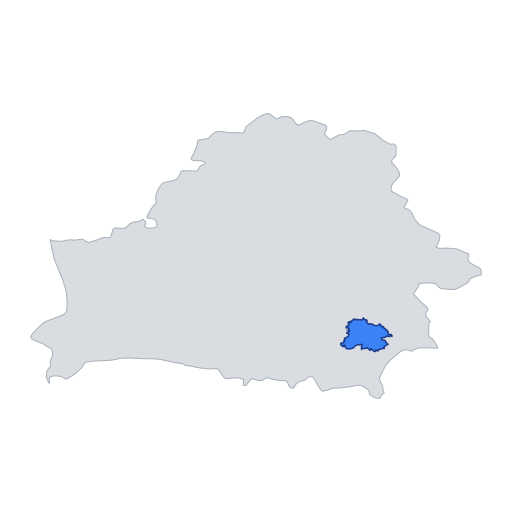 Rechytsa, Gomel, Belarus shown in context
{"feature_id": "67162791B36955231142498", "entity_name": "Rechytsa", "entity_type": "district", "adm_level": 2, "iso_a3": "BLR", "parent_name": "Belarus", "parent_adm1": "Gomel", "projection": "equal_earth", "projection_center": [30.22, 52.327], "detail": "fine", "context": "in_parent", "style": "filled", "palette": "blue", "viewbox_px": 512, "rotation_deg": 0, "n_neighbors": 0, "source": "geoboundaries", "source_scale": "gbopen_adm2", "svg_char_len": 9491}
<svg xmlns="http://www.w3.org/2000/svg" viewBox="0 0 512 512"><path d="M437.6,348.2L428.6,347.8L417.8,347.9L411.8,351.2L405.2,349.6L400.5,351.5L389.9,360.5L385.7,365.4L381.8,372.9L379.3,378.5L380.7,382.4L382.7,386.0L383.1,389.9L384.1,393.0L381.5,395.2L379.9,398.4L375.4,397.9L369.8,394.8L368.7,390.3L364.4,387.2L361.6,385.6L357.0,385.3L349.6,386.8L339.9,387.9L332.6,388.2L328.6,389.8L322.7,391.3L320.5,389.5L317.2,384.4L314.6,379.4L312.8,377.2L311.2,376.6L309.2,376.7L306.9,378.3L305.2,379.9L299.1,381.8L296.4,383.6L293.4,388.3L291.4,387.9L289.4,386.9L287.2,381.7L284.0,380.5L278.9,380.4L272.5,379.3L267.4,377.8L265.5,378.1L262.4,380.3L259.1,380.7L251.9,378.7L250.5,379.6L246.2,385.3L244.2,385.6L243.1,384.9L243.8,379.9L239.7,378.1L232.6,377.9L227.6,378.6L225.1,378.4L223.9,377.4L218.0,369.1L214.7,368.6L209.0,369.0L200.4,368.0L190.7,366.1L185.3,365.4L182.5,363.6L176.5,362.9L160.3,359.4L153.7,358.8L144.0,358.7L129.1,358.0L119.6,358.4L115.1,359.6L110.0,360.3L92.3,361.2L85.9,362.2L84.1,363.9L81.8,367.7L74.3,374.4L67.0,378.8L65.7,379.1L61.7,376.8L58.2,376.0L54.2,375.8L51.3,376.5L49.4,377.6L49.5,382.7L49.0,383.2L46.2,377.1L46.7,371.6L48.6,368.5L50.8,365.7L50.1,361.4L52.4,355.9L52.7,351.8L51.8,350.1L50.3,348.1L45.8,345.8L43.8,344.1L37.7,341.8L31.7,338.9L30.7,337.1L31.1,335.9L32.2,334.1L37.2,328.7L42.5,323.5L45.9,321.4L63.4,314.7L66.2,312.3L67.0,308.4L67.1,300.4L66.4,293.2L65.3,288.2L62.4,278.9L54.4,259.6L50.0,239.7L53.4,240.9L61.5,241.3L68.1,240.0L71.4,239.8L74.4,240.2L83.0,239.1L85.0,240.9L88.7,242.5L96.3,240.2L103.1,237.4L110.0,237.7L111.0,236.3L113.0,229.3L115.1,227.8L123.3,228.5L126.4,227.2L129.7,223.8L134.6,221.7L138.6,221.7L142.9,219.3L145.0,220.9L145.9,223.8L144.4,226.1L145.0,227.0L147.8,228.1L152.9,228.1L156.1,227.1L156.9,225.8L156.9,223.4L156.2,221.2L154.2,219.2L150.2,218.3L147.5,218.2L147.0,217.0L148.1,214.4L150.7,209.6L153.8,205.2L155.7,203.6L156.1,202.1L155.8,199.4L155.9,194.7L158.8,188.1L162.6,183.2L167.5,181.6L173.5,180.7L177.4,178.4L179.3,175.7L181.1,171.4L183.0,170.6L197.3,171.1L199.6,166.9L200.8,165.7L203.6,164.4L205.5,162.9L204.8,161.8L201.2,161.0L192.7,160.4L191.0,159.0L191.6,157.3L194.0,153.0L196.3,147.4L197.5,143.1L197.7,140.5L199.0,139.9L206.0,139.0L208.3,138.2L214.5,132.3L219.0,131.3L230.8,132.8L236.2,132.7L243.1,133.1L243.7,132.5L246.2,126.7L258.0,117.5L264.3,114.3L268.2,113.6L269.6,113.7L275.8,118.6L277.2,118.8L281.4,116.7L288.6,116.6L291.9,118.3L296.6,124.3L299.1,125.0L306.1,121.6L310.0,120.5L312.5,120.6L325.7,125.2L326.6,126.7L326.7,128.5L324.6,133.9L327.3,137.3L330.5,139.6L337.3,135.8L339.8,134.8L342.6,134.7L346.2,133.3L348.9,131.2L351.4,130.5L356.3,131.0L365.0,130.5L375.3,133.8L376.2,134.8L381.3,138.7L383.1,140.6L384.8,141.2L387.5,143.1L391.1,144.3L393.7,143.9L394.9,144.6L396.0,146.1L396.1,148.6L395.8,155.9L392.1,159.7L391.7,161.0L391.8,162.6L394.8,165.8L398.6,170.7L399.4,173.5L399.5,175.7L394.4,181.9L392.7,183.4L391.5,186.5L390.9,189.7L391.2,191.0L399.9,196.0L406.2,198.7L407.7,200.1L407.8,200.9L404.5,206.3L404.1,207.8L409.3,210.0L412.1,213.5L414.7,219.3L419.6,224.9L437.7,233.0L439.3,234.5L439.9,236.2L439.4,240.0L436.1,247.3L439.3,248.4L447.3,248.1L457.0,249.0L468.8,254.1L468.9,256.4L467.7,258.6L468.5,260.8L469.8,262.7L480.1,268.5L481.1,270.1L481.3,273.0L481.0,275.0L478.2,275.5L475.1,276.4L470.1,278.9L468.1,282.4L459.9,287.2L454.8,289.4L450.8,289.5L441.1,288.6L437.7,286.2L436.2,284.0L432.5,283.0L427.5,282.9L420.7,283.3L419.3,283.9L418.2,286.6L415.4,291.2L413.3,293.8L422.1,303.0L426.4,306.7L427.9,309.0L427.8,310.7L425.8,312.6L426.1,316.5L430.4,321.7L429.0,322.5L428.6,328.8L428.7,335.6L429.9,337.2L432.2,338.6L434.1,341.1L437.4,346.7L437.6,348.2Z" fill="#d9dde1" stroke="#a8b0b8" stroke-width="1"/><path d="M353.3,319.3L353.1,319.5L352.9,319.9L352.9,320.2L352.6,320.6L352.1,320.8L351.6,320.9L351.3,321.0L350.9,321.3L351.0,321.8L351.2,322.1L351.0,322.3L350.5,322.3L350.1,322.2L349.9,321.8L349.7,321.7L349.4,321.7L348.9,322.0L348.6,322.2L348.3,322.5L348.0,322.7L348.1,323.0L348.4,323.2L348.6,323.4L348.7,323.8L348.9,324.2L349.2,324.7L349.1,325.0L348.9,325.2L348.5,325.3L348.0,325.4L347.8,325.5L347.5,325.7L347.3,325.8L347.1,326.1L346.7,326.3L346.4,326.7L346.2,327.0L346.1,327.7L346.6,328.0L347.1,327.9L347.4,327.7L347.8,327.6L348.0,327.7L348.3,327.9L348.5,328.1L349.0,328.5L349.1,329.0L348.8,329.4L348.6,329.6L348.3,329.8L347.8,330.1L348.1,330.2L348.5,330.3L349.0,330.3L349.3,330.4L349.5,330.6L349.5,330.9L349.4,331.2L348.9,331.6L348.3,331.9L347.6,332.2L347.2,332.4L346.9,332.6L346.7,332.8L346.8,333.2L347.1,333.5L347.5,333.5L348.2,333.6L348.4,334.0L348.6,334.2L349.0,334.3L349.1,334.6L349.0,334.9L348.7,335.1L348.6,335.3L348.5,335.7L348.3,336.1L348.1,336.4L347.6,336.8L347.2,337.0L346.8,337.2L346.5,337.4L346.0,337.6L345.6,337.9L345.1,338.0L344.8,338.2L344.5,338.4L344.5,338.7L344.7,339.0L344.9,339.4L345.1,339.7L344.9,340.0L344.4,340.1L344.0,340.3L343.8,340.7L343.8,340.9L344.0,341.3L344.1,341.6L344.2,342.0L344.1,342.4L343.6,342.6L343.3,342.7L342.9,342.9L342.4,342.9L341.9,342.9L341.5,342.9L341.1,343.1L340.9,343.3L340.7,343.6L340.7,343.9L340.7,344.3L340.7,344.7L341.0,345.0L341.3,345.1L341.6,345.2L341.8,345.3L341.7,345.6L341.8,345.8L342.1,345.9L342.4,346.0L342.6,346.2L342.8,346.5L343.1,346.7L343.4,346.6L343.5,346.4L343.5,345.8L343.6,345.5L343.8,345.3L344.2,345.3L344.6,345.3L345.0,345.4L345.2,345.6L345.1,345.8L345.0,346.0L345.0,346.3L345.0,346.6L345.1,346.8L345.3,347.0L345.4,347.3L345.4,347.5L345.6,347.6L345.9,347.8L346.2,348.0L346.3,348.2L346.3,348.4L346.4,348.6L346.7,348.7L347.1,348.8L347.6,348.8L348.1,348.9L348.8,348.9L349.4,348.8L349.9,348.8L350.2,348.7L350.7,348.7L351.3,348.6L351.6,348.6L351.8,348.5L352.1,348.3L352.4,348.2L352.7,348.0L353.1,347.9L353.6,347.7L353.8,347.5L354.1,347.1L354.2,346.9L354.4,346.7L354.6,346.4L355.2,346.0L356.0,345.5L356.9,345.1L357.6,344.8L357.9,344.7L358.2,344.6L358.5,344.7L358.8,344.9L359.1,344.9L359.3,344.8L359.5,344.6L360.0,344.5L360.5,344.5L361.0,344.5L361.3,344.4L361.6,344.4L361.8,344.4L362.1,344.6L362.1,344.8L361.9,345.0L361.7,345.2L361.7,345.4L361.7,345.7L361.5,346.2L361.4,347.0L361.4,348.3L361.5,348.7L361.6,349.2L361.7,349.4L361.9,349.2L362.1,348.8L362.3,348.6L362.5,348.4L362.9,348.3L363.3,348.3L363.5,348.3L364.1,348.4L364.3,348.4L364.6,348.5L365.2,348.6L365.6,348.5L366.0,348.3L366.2,348.0L366.3,347.8L366.5,347.7L366.9,347.7L367.1,347.9L367.3,348.1L367.5,348.2L368.0,348.4L368.3,348.6L368.7,349.0L369.1,349.5L369.5,349.9L370.1,350.3L370.3,349.9L370.5,349.7L370.6,349.3L370.7,348.9L371.0,348.7L371.4,348.6L371.6,348.8L371.8,349.2L371.8,349.5L372.1,349.8L372.7,350.2L373.1,350.6L373.5,350.9L373.8,351.3L374.1,351.4L374.6,351.5L375.2,351.5L375.4,351.2L375.5,350.9L375.5,350.5L375.5,350.1L375.8,349.9L376.1,349.9L376.4,350.1L376.5,350.4L376.6,350.7L376.9,350.8L377.4,350.7L377.7,350.7L378.1,350.8L378.5,350.6L378.6,350.4L378.5,350.1L378.5,349.8L378.9,349.4L379.5,349.2L380.2,349.1L381.1,349.0L381.7,348.8L382.1,348.7L382.5,348.6L382.8,348.4L383.2,348.3L383.5,348.4L384.0,348.5L384.2,348.4L384.4,348.2L384.3,347.9L384.2,347.6L384.0,347.3L384.0,347.0L384.1,346.7L384.4,346.4L384.7,346.3L385.3,345.9L386.0,345.5L386.8,345.0L387.4,344.6L387.9,344.3L387.5,343.8L386.9,343.2L386.5,342.9L385.8,342.4L385.8,341.7L385.3,340.8L385.0,340.5L384.4,340.2L384.0,340.1L383.7,340.1L383.2,340.3L382.9,340.4L382.6,340.3L382.6,339.9L382.3,339.5L381.9,339.1L381.4,338.5L381.3,338.0L381.7,337.7L382.6,337.7L383.6,337.5L384.1,337.5L385.1,337.2L385.4,337.1L385.6,336.5L386.4,336.5L386.8,336.5L387.3,336.2L387.6,335.9L388.0,336.1L388.2,336.3L388.4,336.4L388.8,336.6L389.2,336.5L389.5,336.4L390.0,336.1L390.4,336.0L390.9,335.9L391.2,336.0L391.5,336.3L392.1,336.0L391.9,335.7L391.6,335.2L391.4,334.8L391.1,334.5L390.9,334.4L390.7,334.5L390.4,334.6L389.7,334.6L389.1,334.4L388.4,334.1L388.1,333.8L388.1,333.4L388.1,333.0L388.1,332.8L388.0,332.5L387.8,332.3L388.0,332.2L388.1,331.8L387.8,331.5L387.6,331.2L387.4,330.9L387.2,330.8L387.2,330.5L387.0,330.2L386.5,330.0L386.2,330.1L385.7,330.0L385.5,329.8L385.5,329.6L385.6,329.3L385.4,328.9L385.1,328.6L384.8,328.4L384.5,328.3L384.0,328.1L383.5,327.9L383.3,327.8L383.4,327.5L383.5,327.3L383.6,326.8L383.4,326.6L383.1,326.5L382.7,326.4L382.4,326.6L382.1,326.6L381.5,326.6L381.0,326.4L380.7,326.1L380.9,325.9L380.9,325.5L381.0,325.1L380.6,324.8L380.4,324.7L380.0,324.3L379.7,323.9L379.4,324.1L379.3,324.4L378.9,324.7L378.7,325.0L378.4,325.2L377.8,325.4L377.4,325.5L377.0,325.6L376.7,325.7L376.2,325.6L375.9,325.6L375.5,325.6L375.0,325.6L374.7,325.6L374.2,325.3L373.8,325.2L373.5,325.0L373.2,324.7L372.8,324.5L372.2,324.2L372.0,323.9L371.5,323.8L371.2,323.9L370.9,324.0L370.6,324.2L370.0,324.1L369.8,324.0L369.4,323.8L369.1,323.8L368.9,323.9L368.6,324.1L368.3,324.1L368.1,323.9L368.0,323.7L367.8,323.4L367.6,323.2L367.4,322.8L367.1,322.5L366.8,322.2L366.5,322.0L366.3,321.8L366.1,321.5L366.2,321.1L366.6,321.0L366.9,320.9L367.1,320.7L367.0,320.3L366.8,320.1L366.4,320.0L365.9,319.9L365.6,319.8L365.1,319.7L364.8,319.5L364.5,319.2L364.3,319.0L364.1,318.9L363.9,318.6L363.8,318.3L363.5,318.1L363.3,318.0L363.1,318.1L362.9,318.3L362.9,318.6L362.8,319.1L362.8,319.3L362.7,319.6L362.3,319.7L361.9,319.9L361.7,320.0L361.3,320.0L360.9,319.9L360.7,319.8L360.3,319.7L360.1,319.7L359.7,319.7L359.4,319.8L359.1,319.9L358.7,319.9L358.4,319.8L358.1,319.8L357.8,319.7L357.6,319.5L357.4,319.4L357.0,319.4L356.8,319.4L356.6,319.6L356.4,319.7L356.2,319.7L355.8,319.6L355.7,319.5L355.3,319.5L355.1,319.7L354.9,319.7L354.8,319.4L354.8,319.2L354.6,319.0L354.3,319.0L354.0,319.2L353.7,319.2L353.3,319.3Z" fill="#3b82f6" stroke="#1e3a8a" stroke-width="1.5"/></svg>